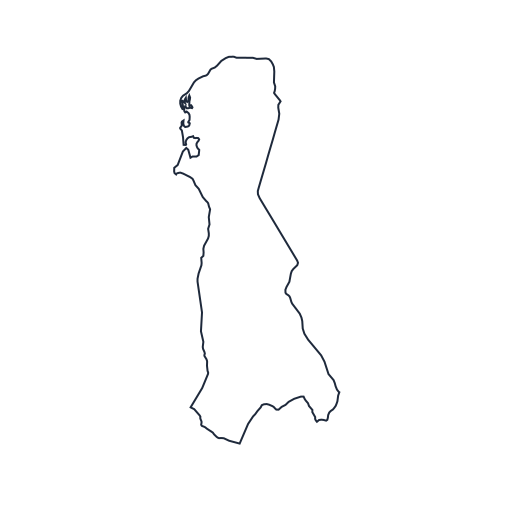 the border of La Guajira, rotated 301°
{"feature_id": "COL-1318", "entity_name": "La Guajira", "entity_type": "Department", "adm_level": 1, "iso_a3": "COL", "parent_name": "Colombia", "parent_adm1": "", "projection": "orthographic", "projection_center": [-72.284, 11.434], "detail": "fine", "context": "isolated", "style": "outline", "palette": "slate", "viewbox_px": 512, "rotation_deg": 301, "n_neighbors": 0, "source": "natural_earth", "source_scale": "10m", "svg_char_len": 4029}
<svg xmlns="http://www.w3.org/2000/svg" viewBox="0 0 512 512"><g transform="rotate(301 256 256)"><path d="M401.2,197.4L397.1,197.3L394.6,198.7L389.9,202.7L384.5,205.1L380.7,206.1L372.7,208.2L364.6,210.4L356.5,212.5L348.5,214.6L340.4,216.8L332.3,218.9L324.2,221.0L316.2,223.1L312.6,224.1L309.9,225.9L307.5,229.3L306.1,231.9L302.0,239.6L297.9,247.4L293.8,255.1L289.7,262.8L285.6,270.5L281.5,278.2L277.4,285.9L273.3,293.6L271.8,295.5L269.4,296.1L264.2,294.7L261.5,294.4L258.8,295.0L251.1,297.9L245.2,298.1L242.2,298.6L239.7,300.2L239.1,301.5L239.0,304.2L238.6,305.6L237.6,307.0L234.9,309.9L233.8,311.5L229.1,323.2L226.6,326.7L224.0,329.2L217.9,333.4L214.3,337.5L211.1,343.8L204.4,363.0L200.7,369.1L192.1,379.0L189.6,386.4L187.6,389.0L185.3,391.4L183.2,394.2L182.1,397.0L182.1,397.6L178.7,398.3L173.4,400.6L171.1,401.1L168.6,401.5L166.1,401.3L164.1,401.0L161.7,399.9L159.6,399.4L156.8,399.8L154.4,400.9L152.3,401.5L151.0,400.9L150.3,398.4L149.4,396.4L147.9,394.5L145.3,393.6L145.9,391.9L146.8,390.6L148.4,389.7L151.2,384.7L153.1,383.6L154.7,378.7L156.6,376.4L157.7,373.1L158.5,371.4L160.0,369.2L158.6,366.9L153.3,362.3L147.8,359.1L143.6,358.0L139.9,355.7L135.9,354.5L134.8,352.5L135.1,351.0L135.7,349.1L135.8,347.6L135.3,343.8L134.6,341.4L132.9,339.1L131.1,337.8L128.7,338.0L123.8,337.1L120.0,336.8L117.0,336.1L108.0,335.7L86.8,338.6L83.8,328.1L83.2,322.3L82.4,320.6L80.8,318.0L80.6,316.8L80.7,315.4L81.5,312.0L82.4,309.9L82.7,302.6L83.0,300.8L82.9,299.3L82.5,297.2L82.8,296.4L83.3,295.8L84.5,295.4L85.4,295.0L86.1,294.5L87.9,292.1L88.5,291.6L89.6,291.1L90.3,289.9L92.9,281.9L92.6,278.3L92.6,277.9L115.1,277.9L130.3,275.6L131.6,274.9L132.5,273.7L136.7,270.5L140.3,268.5L141.0,267.9L142.0,266.7L143.7,263.4L144.4,262.8L146.0,262.4L147.2,261.2L149.1,258.5L150.6,257.2L155.3,255.1L163.1,247.6L179.8,238.8L203.9,219.1L206.4,217.6L211.5,215.8L219.9,214.0L222.0,213.0L226.2,210.0L229.0,210.8L232.0,209.3L235.0,207.2L238.1,206.2L246.3,205.9L248.9,205.2L251.1,203.9L254.6,201.0L259.1,199.9L265.0,195.5L272.4,192.6L274.1,190.3L276.6,187.8L277.2,186.3L277.4,185.1L279.1,180.0L284.1,172.3L285.5,167.6L288.5,163.5L289.5,161.8L289.7,159.0L289.1,151.1L288.5,148.2L287.7,147.2L286.5,146.0L285.3,145.3L284.8,145.4L285.1,143.5L286.3,142.3L289.5,140.5L293.7,142.0L307.9,139.5L312.7,140.6L312.2,143.2L306.5,149.2L308.5,150.3L310.6,153.8L313.0,154.9L317.1,153.0L317.8,152.6L318.2,150.7L319.1,149.2L320.3,147.9L321.6,147.2L323.4,147.1L325.2,147.4L326.7,147.2L327.3,145.8L326.7,144.4L325.7,143.1L325.3,141.8L326.3,140.4L324.9,139.3L324.1,138.3L323.3,137.4L321.6,136.7L319.8,136.5L318.1,136.8L316.7,137.5L315.8,138.6L315.0,138.6L314.0,136.7L320.2,132.3L325.3,127.9L325.6,127.3L326.2,125.4L326.7,125.0L329.2,125.2L329.9,125.0L332.0,123.5L333.1,123.3L334.8,124.1L332.3,125.3L330.5,127.0L330.1,128.9L331.9,130.9L332.9,131.4L333.6,131.5L335.6,130.9L335.8,130.5L335.6,129.8L335.6,129.2L336.1,128.9L338.0,129.0L338.5,128.9L341.1,127.5L342.7,126.3L343.7,124.7L344.1,122.1L343.8,121.9L343.1,121.8L342.6,121.4L343.1,120.2L344.0,119.3L345.3,118.7L346.6,118.3L347.9,118.2L347.0,120.7L347.9,122.0L349.2,123.1L349.8,125.0L350.6,125.0L351.0,124.5L351.5,123.5L351.8,122.6L351.2,122.1L350.2,121.8L350.9,121.1L352.1,120.4L352.6,120.2L354.2,119.3L356.1,118.7L357.9,117.9L359.2,116.2L357.5,116.5L356.1,117.1L354.9,117.8L354.0,118.2L352.6,117.7L352.9,116.6L354.0,115.4L355.4,114.4L353.9,114.4L352.5,114.7L351.4,115.3L350.6,116.3L350.9,114.0L351.1,113.2L351.6,112.4L349.8,113.6L346.2,116.8L345.0,118.2L344.1,117.3L345.5,114.8L347.6,112.6L350.1,111.1L353.1,110.5L355.8,110.9L359.9,112.9L362.9,113.5L372.9,113.4L375.7,114.0L378.5,115.3L382.8,118.1L384.7,120.0L385.6,120.6L387.4,121.1L392.3,121.0L393.6,121.5L396.3,123.6L399.1,124.6L405.4,125.8L410.0,128.1L412.7,130.1L414.2,132.5L414.8,133.3L415.4,134.4L415.9,137.1L424.3,151.3L425.3,155.1L430.5,162.9L431.4,165.6L430.6,168.8L428.9,171.8L427.2,174.0L423.5,176.7L414.0,182.0L411.3,185.1L409.3,186.2L407.0,187.1L405.1,187.5L404.5,188.7L401.8,196.2L401.2,197.4L401.2,197.4Z" fill="none" stroke="#1e293b" stroke-width="2"/></g></svg>